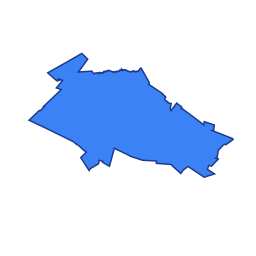 San Carlos, Tamaulipas, Mexico, rotated 124°
{"feature_id": "50627088B50808135515574", "entity_name": "San Carlos", "entity_type": "district", "adm_level": 2, "iso_a3": "MEX", "parent_name": "Mexico", "parent_adm1": "Tamaulipas", "projection": "equal_earth", "projection_center": [-99.087, 24.498], "detail": "fine", "context": "isolated", "style": "filled", "palette": "blue", "viewbox_px": 256, "rotation_deg": 124, "n_neighbors": 0, "source": "geoboundaries", "source_scale": "gbopen_adm2", "svg_char_len": 4527}
<svg xmlns="http://www.w3.org/2000/svg" viewBox="0 0 256 256"><g transform="rotate(124 128 128)"><path d="M77.2,58.1L80.1,68.3L83.0,66.8L81.6,94.3L82.1,94.4L82.1,94.7L81.9,94.7L81.7,94.7L81.3,94.5L81.2,94.6L80.9,95.3L80.6,95.3L80.1,101.6L89.7,102.0L88.1,103.9L87.8,104.0L83.5,105.9L84.8,108.7L84.6,109.1L84.2,109.2L84.1,109.7L84.2,110.0L84.0,111.0L84.3,112.2L84.0,112.5L84.0,112.8L83.9,113.0L83.8,113.4L83.3,113.6L83.2,113.8L82.9,114.0L82.6,113.9L82.3,114.0L81.6,113.8L81.4,114.2L81.0,114.5L81.0,115.1L80.8,115.7L81.0,116.2L81.0,116.5L80.7,117.0L80.7,117.8L80.2,118.4L80.2,135.4L78.6,135.5L71.1,150.4L71.0,150.5L71.4,151.0L71.8,150.9L71.9,151.0L72.1,151.0L72.3,151.1L72.4,151.3L72.6,151.4L72.8,151.3L72.8,151.1L73.2,150.9L73.8,150.8L73.9,151.0L75.2,151.4L75.3,151.4L75.3,151.7L75.9,151.8L75.9,152.1L76.1,152.3L76.2,152.5L76.3,152.7L76.5,152.6L76.7,152.8L76.7,153.1L76.9,153.2L77.0,153.5L77.4,153.5L77.5,153.6L77.3,153.9L77.4,154.2L77.4,154.4L77.4,154.5L77.7,154.7L77.8,154.7L77.6,155.0L77.9,155.4L77.8,155.6L78.0,155.7L78.4,155.9L78.4,156.1L78.6,156.3L78.8,156.5L79.1,156.4L79.2,156.5L79.3,156.8L79.6,156.7L79.9,156.8L79.9,157.1L80.1,157.4L80.3,158.0L80.4,158.5L80.5,158.7L80.5,158.9L80.6,159.4L80.7,159.5L80.8,159.4L80.9,159.6L81.0,159.8L81.1,160.0L81.2,160.3L81.1,160.5L81.0,160.9L80.9,160.9L80.9,161.0L81.1,161.5L81.3,161.7L81.3,161.8L81.1,162.3L81.4,163.0L81.4,163.3L81.5,163.5L81.8,163.6L82.0,163.8L82.3,163.9L82.4,164.3L82.5,164.0L82.7,164.3L83.1,164.4L83.2,164.7L83.4,164.7L83.4,164.8L83.3,165.0L83.6,165.1L83.6,165.4L83.4,165.6L83.3,165.8L83.6,165.6L83.7,165.8L83.9,165.9L83.9,166.0L83.8,166.3L84.0,166.3L84.1,166.7L84.2,166.8L84.2,167.0L84.3,167.1L84.5,167.1L84.5,166.8L84.9,167.0L85.1,166.9L85.4,167.0L85.5,167.2L85.8,167.1L86.0,167.5L86.3,167.7L86.5,167.9L86.9,167.9L87.0,168.2L87.0,168.9L87.2,169.0L87.7,169.2L87.8,169.4L88.4,169.4L88.4,169.7L88.5,169.8L88.9,169.8L88.7,170.0L88.9,170.2L88.8,170.6L89.0,171.0L89.3,171.3L89.5,171.5L90.1,171.7L89.9,171.9L89.9,172.2L90.0,172.3L90.1,172.5L90.2,173.0L90.4,173.6L90.6,173.9L90.6,174.2L90.6,174.6L90.6,175.0L90.8,175.1L90.8,175.3L90.9,175.7L91.0,175.8L91.0,176.0L91.2,176.4L91.2,176.5L91.3,176.5L91.5,176.9L91.8,177.0L92.0,177.1L92.6,177.1L92.6,177.3L93.0,177.3L93.4,177.6L93.6,177.8L93.3,177.9L93.2,178.0L93.5,178.2L93.6,178.3L93.7,178.5L93.8,178.5L93.8,178.4L93.9,178.8L94.0,178.8L94.1,179.0L94.5,179.0L94.6,179.3L94.8,179.2L94.9,179.4L95.0,179.3L95.2,179.2L95.4,179.3L95.5,179.4L95.8,179.4L95.9,179.5L96.1,179.5L96.0,179.8L96.2,180.0L96.3,179.9L96.3,180.2L96.5,180.2L96.6,180.3L96.7,180.2L96.8,180.5L97.0,180.8L97.2,181.0L97.4,181.4L97.5,181.4L97.4,181.5L97.5,181.7L97.8,182.3L97.8,182.7L97.9,182.8L98.1,182.9L98.3,182.7L98.4,182.8L98.6,182.8L98.6,183.1L98.8,183.2L99.2,183.2L99.5,183.1L99.5,183.6L99.4,183.6L99.3,183.9L99.4,184.1L99.4,184.3L99.5,184.5L99.9,184.7L99.9,184.8L100.2,185.3L100.6,185.5L100.8,185.7L100.8,185.9L101.1,186.0L101.5,186.4L102.0,186.3L102.2,186.7L101.1,189.8L109.3,200.4L93.5,199.9L93.1,201.8L92.1,208.0L99.8,211.8L127.2,225.4L128.6,213.8L128.4,213.8L128.5,213.4L128.4,213.4L128.3,213.5L128.1,213.4L128.1,213.2L128.3,213.2L128.0,213.2L127.9,213.1L128.0,213.0L128.0,212.9L127.9,213.0L127.7,213.0L127.5,212.8L127.3,212.9L127.1,212.7L126.8,212.8L126.7,212.8L126.9,212.6L126.7,212.6L126.7,212.4L126.7,212.2L126.5,212.4L126.4,212.2L126.3,212.4L126.4,212.6L126.1,212.5L126.2,212.2L125.9,212.2L125.8,211.8L125.6,211.9L125.6,211.7L125.5,211.2L125.6,210.9L125.8,210.8L125.8,210.6L125.8,210.4L125.8,210.2L125.8,209.9L125.7,210.0L125.6,209.9L125.7,209.6L125.6,209.4L125.5,209.2L125.3,209.1L125.5,209.0L125.4,208.9L125.2,208.8L125.0,208.7L124.9,208.7L134.8,209.8L133.5,205.0L134.4,205.0L157.4,210.1L157.2,209.3L163.1,210.6L163.2,211.4L176.9,214.4L174.0,195.4L169.9,165.8L169.9,165.5L170.4,161.3L169.9,161.2L170.6,156.0L171.4,151.7L171.3,151.3L170.9,150.8L170.9,150.4L171.3,149.7L171.3,149.1L179.0,150.6L181.5,144.6L185.0,136.4L182.6,136.5L179.2,134.8L174.1,132.4L171.0,134.1L169.7,130.3L170.6,130.1L170.1,122.0L155.0,127.1L152.4,128.1L152.1,125.1L151.4,120.7L151.2,119.0L150.4,114.1L150.0,109.6L148.0,102.8L146.5,97.7L139.4,85.9L141.5,84.8L134.2,72.0L134.8,68.5L136.2,58.8L132.1,58.7L126.3,56.7L126.2,37.3L123.6,35.3L117.7,30.6L117.9,39.0L113.8,40.2L113.1,37.6L112.1,37.2L111.0,37.1L109.8,36.9L109.6,36.8L109.4,36.9L106.8,36.4L105.8,36.3L104.0,35.8L103.2,35.8L104.0,38.4L102.3,37.7L99.5,39.1L96.1,40.6L87.6,39.3L87.3,37.6L83.3,36.1L78.7,34.5L78.3,35.2L81.0,47.5L83.1,57.0L81.8,55.8L77.2,58.1Z" fill="#3b82f6" stroke="#1e3a8a" stroke-width="1.5"/></g></svg>